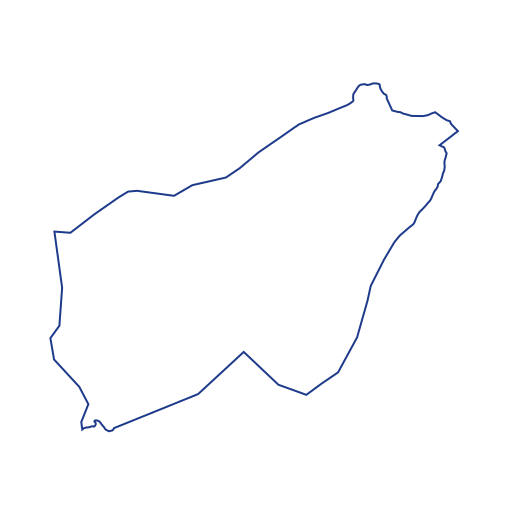 Cagaanchuluut, Dzavhan, Mongolia, rotated 355°
{"feature_id": "93677404B73387413800607", "entity_name": "Cagaanchuluut", "entity_type": "district", "adm_level": 2, "iso_a3": "MNG", "parent_name": "Mongolia", "parent_adm1": "Dzavhan", "projection": "robinson", "projection_center": [96.827, 47.128], "detail": "fine", "context": "isolated", "style": "outline", "palette": "blue", "viewbox_px": 512, "rotation_deg": 355, "n_neighbors": 0, "source": "geoboundaries", "source_scale": "gbopen_adm2", "svg_char_len": 3560}
<svg xmlns="http://www.w3.org/2000/svg" viewBox="0 0 512 512"><g transform="rotate(355 256 256)"><path d="M468.0,149.2L461.7,141.3L461.0,138.7L457.7,137.3L453.9,134.5L447.0,128.4L443.7,129.2L441.7,129.9L439.3,130.7L434.6,131.2L423.2,130.0L417.2,127.7L414.9,126.9L412.3,125.3L409.7,124.8L404.4,122.9L400.0,110.5L400.1,108.7L399.7,106.9L397.5,105.5L396.0,103.3L394.5,100.0L394.1,97.4L394.2,96.4L394.1,96.0L393.9,95.7L393.4,95.4L392.7,95.1L391.8,94.8L390.3,94.5L388.2,94.3L387.3,94.3L385.3,94.9L383.4,95.3L382.4,95.3L381.9,95.4L381.5,95.3L381.0,95.1L380.3,94.7L380.2,94.7L379.7,94.4L379.0,94.3L378.2,94.3L377.1,94.4L376.3,94.4L375.5,94.5L375.4,94.5L374.7,94.7L373.8,95.2L373.0,95.9L372.9,95.9L371.7,97.3L371.3,97.8L370.3,99.2L370.0,99.6L368.6,101.3L368.2,101.8L367.9,102.2L367.6,102.5L367.1,103.4L366.8,104.5L366.7,105.5L366.6,106.6L366.5,107.3L366.6,108.9L366.6,109.1L366.6,109.4L366.5,109.6L366.4,109.9L366.1,110.2L365.8,110.5L365.6,110.6L364.6,111.2L363.2,112.1L361.8,112.8L359.1,113.9L351.5,116.2L350.9,116.4L349.4,116.9L349.1,117.0L340.3,119.8L325.8,123.5L323.8,124.2L323.1,124.4L322.1,124.7L321.5,124.9L319.4,125.6L318.8,125.8L316.2,126.7L315.4,127.0L310.1,128.7L308.5,129.7L308.0,130.0L305.0,131.6L304.5,131.9L298.6,135.3L298.1,135.6L296.7,136.4L296.2,136.7L282.7,144.4L282.3,144.6L267.4,153.1L247.6,167.0L232.9,175.2L198.7,179.9L179.6,188.9L143.2,180.7L134.2,180.7L124.5,185.5L98.9,200.2L73.1,216.7L57.3,214.1L60.1,270.8L54.7,304.3L54.1,308.3L44.0,319.9L45.8,341.5L68.6,371.0L76.1,389.0L67.5,406.1L67.7,412.0L67.8,412.3L67.8,412.5L67.8,413.7L69.7,412.5L70.5,412.3L71.2,412.2L71.8,412.1L72.9,412.1L74.0,412.1L75.5,411.9L77.0,411.5L77.7,411.4L78.1,411.3L78.6,411.4L79.2,411.7L79.6,411.8L80.1,411.7L80.8,411.1L81.0,410.9L81.2,410.5L81.5,410.0L81.7,409.6L81.7,409.1L81.7,408.5L81.6,408.2L81.2,407.6L81.0,407.3L80.8,407.1L80.6,406.7L80.8,406.2L81.1,405.9L81.4,405.8L81.7,405.8L82.2,405.8L82.9,405.9L83.4,406.1L84.2,406.4L84.9,406.8L85.4,407.1L86.3,408.2L87.4,410.1L88.9,412.2L89.6,413.2L90.2,414.2L90.7,415.2L90.9,415.5L91.2,415.8L91.5,416.1L92.4,416.6L93.0,417.0L93.4,417.3L94.0,417.7L94.6,417.7L95.3,417.6L95.9,417.5L96.3,417.5L96.8,417.4L97.5,417.3L97.8,417.2L98.1,417.0L98.2,416.9L98.3,416.8L98.5,416.6L99.0,416.0L99.5,415.1L186.3,388.5L235.4,350.5L267.1,386.2L294.0,398.7L310.6,388.6L327.6,379.1L349.4,346.2L349.6,346.0L349.7,345.8L350.5,343.5L353.9,334.6L354.0,334.3L363.2,310.2L367.7,295.8L383.2,270.8L393.6,256.3L395.7,253.6L399.4,249.8L401.8,247.5L403.3,246.6L405.0,245.3L407.4,243.6L410.8,241.1L415.3,238.2L415.9,237.5L416.3,237.0L417.0,236.0L417.7,234.5L418.9,232.2L419.6,230.8L419.7,230.6L420.8,228.9L421.9,227.4L423.2,226.0L425.9,223.8L429.6,220.5L432.0,218.0L433.6,216.6L434.8,215.2L435.8,213.6L436.5,212.3L437.0,211.3L437.3,210.7L438.1,209.2L439.0,207.8L439.7,206.8L440.4,206.0L440.5,205.9L440.7,205.7L441.6,204.7L442.4,203.6L443.0,202.7L443.2,202.1L443.3,201.5L443.4,200.9L443.6,200.3L444.5,199.4L445.3,198.7L446.2,197.9L446.7,197.1L446.8,197.0L447.0,196.6L447.1,196.2L447.3,195.7L447.8,194.6L448.2,193.6L448.6,192.6L449.1,190.9L449.5,189.9L449.9,189.2L450.3,188.4L450.8,187.7L451.0,187.0L451.1,186.3L451.4,185.3L451.7,184.2L451.7,183.5L451.8,182.9L451.8,182.7L451.8,182.0L451.8,181.0L451.8,179.9L451.9,179.1L452.0,178.2L452.2,177.5L453.0,175.5L453.6,174.2L453.9,172.9L454.3,172.0L454.7,170.9L454.8,170.4L454.7,169.8L454.3,169.1L453.9,168.3L453.8,167.8L453.6,166.8L453.1,165.0L452.9,164.3L452.6,164.0L452.2,163.8L451.5,163.5L450.3,162.7L449.4,162.2L448.5,161.7L467.7,149.4L468.0,149.2Z" fill="none" stroke="#1e3a8a" stroke-width="2"/></g></svg>